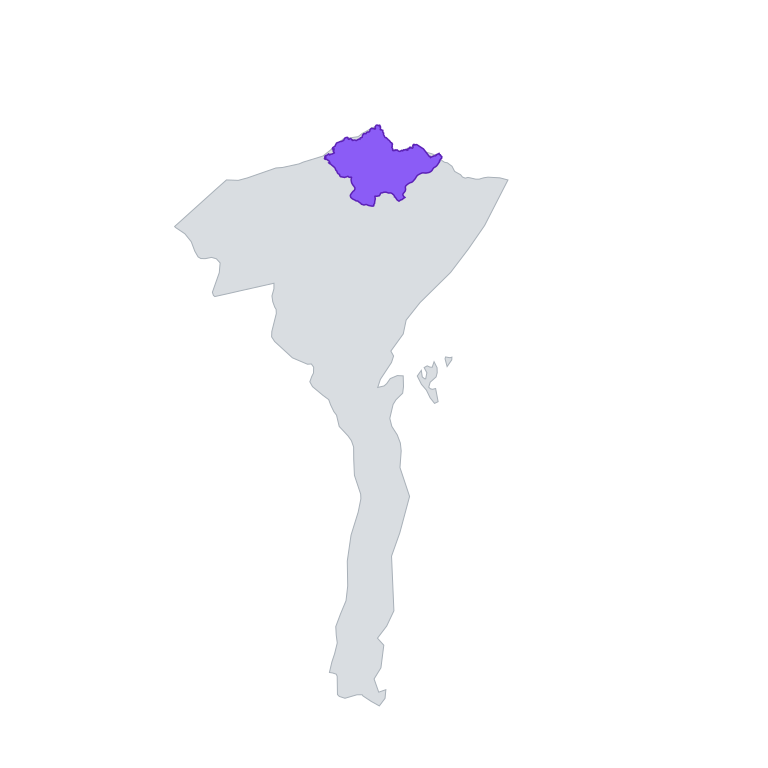 location of Sela, Anseba, Eritrea, rotated 54°
{"feature_id": "51966322B36323877774800", "entity_name": "Sela", "entity_type": "district", "adm_level": 2, "iso_a3": "ERI", "parent_name": "Eritrea", "parent_adm1": "Anseba", "projection": "orthographic", "projection_center": [37.406, 16.89], "detail": "fine", "context": "in_parent", "style": "filled", "palette": "violet", "viewbox_px": 768, "rotation_deg": 54, "n_neighbors": 0, "source": "geoboundaries", "source_scale": "gbopen_adm2", "svg_char_len": 8382}
<svg xmlns="http://www.w3.org/2000/svg" viewBox="0 0 768 768"><g transform="rotate(54 384 384)"><path d="M133.5,460.8L131.1,438.0L129.5,422.8L127.8,406.7L126.3,391.5L133.6,382.2L137.0,373.3L145.7,344.5L149.2,338.8L156.0,323.3L157.0,318.9L163.7,299.4L163.1,286.5L161.8,273.4L165.5,265.7L168.7,259.5L168.5,254.3L170.0,242.1L171.1,239.0L175.1,238.8L183.2,240.4L189.2,239.2L196.2,239.2L201.5,238.8L204.7,235.1L209.0,220.9L211.9,218.0L214.0,217.2L220.1,214.5L225.3,210.4L229.6,207.4L231.2,206.8L235.7,206.4L240.2,204.7L242.3,202.7L247.9,201.0L253.5,201.9L257.2,200.2L259.7,199.0L262.6,198.9L265.2,197.3L266.2,194.7L267.9,193.1L272.2,189.4L274.2,186.7L275.1,184.0L275.9,181.9L277.8,178.3L285.3,169.1L291.8,163.8L314.9,209.4L324.4,236.4L332.9,264.6L339.3,307.0L345.3,328.5L354.8,339.0L361.4,359.1L367.0,359.8L371.0,365.3L378.1,384.2L383.1,391.1L385.6,385.1L385.3,381.6L383.3,375.8L385.0,368.3L388.7,363.7L397.5,369.7L402.4,374.3L403.8,383.6L405.9,388.7L415.2,399.5L422.9,402.6L433.0,403.2L441.4,405.5L448.2,409.4L461.0,420.2L490.0,429.4L513.7,458.7L527.7,479.1L573.3,509.3L581.4,524.1L585.8,538.7L595.2,537.7L611.8,553.3L616.8,565.4L630.2,569.4L632.4,562.2L638.9,567.9L641.7,577.0L633.3,580.9L623.9,584.4L622.6,584.3L619.5,588.6L615.3,600.3L610.5,603.8L607.9,604.2L593.0,593.7L590.7,593.2L587.6,595.4L585.3,597.7L578.3,589.6L573.2,582.5L566.0,574.0L559.2,570.3L551.9,565.6L544.5,554.4L537.0,542.1L526.1,532.1L505.7,517.8L486.9,499.5L472.5,480.2L463.3,470.2L459.4,467.6L440.5,461.6L427.2,452.8L417.1,445.6L410.8,443.7L404.8,443.6L392.0,445.2L381.3,440.7L376.9,440.8L369.7,439.5L364.1,437.9L357.6,440.0L344.1,443.4L338.6,442.7L335.5,438.1L333.7,434.6L329.0,431.0L325.1,431.0L323.0,434.3L309.0,442.7L285.4,447.5L279.8,447.2L275.6,443.9L263.7,429.7L260.2,427.4L257.6,427.2L252.0,425.6L246.9,422.9L242.3,417.1L237.8,413.8L232.9,425.2L224.3,445.1L219.8,455.7L213.8,469.5L212.0,469.9L208.9,468.9L197.1,451.8L189.7,445.4L184.2,446.0L180.2,449.1L177.6,454.8L174.9,458.4L171.9,459.7L165.4,459.0L155.6,456.3L145.4,456.8L134.8,460.7L133.5,460.8ZM409.7,345.6L412.9,349.7L415.1,349.3L416.8,347.9L418.0,344.9L430.1,350.6L429.4,354.5L422.3,354.8L413.9,353.3L406.3,353.9L397.1,352.4L394.9,345.8L400.8,348.9L403.8,348.0L404.3,347.2L400.1,342.7L394.3,341.9L394.7,338.4L397.2,337.0L398.8,335.2L395.4,330.4L402.0,331.5L406.1,334.3L408.9,337.7L409.7,345.6ZM404.3,315.0L407.0,322.7L399.5,319.8L398.3,318.3L401.5,315.2L402.2,313.3L404.3,315.0Z" fill="#d9dde1" stroke="#a8b0b8" stroke-width="1"/><path d="M236.7,208.2L236.4,208.2L236.2,208.0L236.0,207.7L235.7,207.3L235.8,206.7L235.6,206.2L235.3,206.0L235.2,205.3L235.3,204.9L235.2,204.6L234.9,204.3L234.5,204.0L234.3,203.8L234.2,203.7L234.0,203.9L233.7,203.9L233.4,203.7L232.6,203.9L231.7,203.7L231.6,203.8L231.5,204.0L231.0,204.2L229.8,203.9L229.7,204.5L229.7,205.4L229.5,205.5L229.4,206.0L229.5,206.5L229.3,206.6L229.2,206.9L229.4,206.9L229.4,207.1L229.7,207.2L229.7,208.0L229.5,208.6L228.8,209.4L228.7,209.9L228.8,210.5L228.4,211.0L228.5,211.2L228.3,211.7L228.3,212.2L228.2,212.5L228.1,213.3L226.9,213.0L226.5,213.6L217.0,213.9L209.5,216.8L209.0,217.9L208.7,218.3L208.3,218.4L208.3,219.1L207.9,219.0L207.6,219.2L207.7,219.9L208.1,220.6L208.7,221.0L209.5,221.3L209.9,222.0L209.9,222.5L209.1,223.1L208.2,223.2L208.0,223.4L207.9,223.9L208.3,224.1L208.4,224.4L208.4,224.5L207.9,224.5L208.1,224.8L208.1,225.1L208.2,225.3L207.9,225.8L207.7,226.0L207.9,226.3L208.1,226.8L208.7,227.1L208.6,227.8L208.4,228.1L207.6,228.0L207.0,228.9L206.9,229.6L206.6,230.0L206.1,230.5L206.2,231.0L206.4,231.8L206.2,232.0L205.6,232.2L205.3,232.5L205.3,232.8L205.4,233.2L205.2,234.2L205.2,234.4L204.4,235.2L203.5,235.6L202.6,235.6L202.4,236.1L202.1,236.3L202.1,236.5L201.9,236.6L201.6,236.7L201.7,237.4L201.5,237.5L201.4,237.7L201.1,237.7L201.1,238.3L201.2,238.5L201.1,238.9L200.5,239.2L200.3,239.6L200.0,239.6L199.6,239.1L198.8,239.0L198.4,238.6L197.4,238.6L197.2,238.6L196.9,238.3L196.8,237.9L196.7,237.7L195.2,236.8L195.1,236.6L195.1,236.3L194.8,236.1L193.9,236.1L193.4,236.0L193.0,236.2L192.8,236.4L192.4,236.6L192.0,236.6L191.5,236.5L190.9,236.6L190.4,236.5L189.7,236.7L188.7,237.1L188.0,237.0L187.1,237.3L186.4,237.3L185.9,237.5L185.5,238.1L185.0,238.2L184.3,238.2L183.2,237.9L182.2,237.9L181.8,237.7L180.9,236.9L180.7,236.8L180.3,237.0L179.7,237.0L178.1,235.9L177.6,236.4L177.0,236.5L176.5,237.0L176.3,237.4L176.0,237.5L175.3,236.7L174.9,236.4L174.5,236.1L174.0,236.2L173.8,236.1L174.0,236.0L173.9,235.7L173.5,235.6L173.0,235.7L172.4,235.3L172.1,235.5L171.8,235.7L171.7,236.1L171.8,236.4L171.6,236.8L171.4,236.8L170.4,237.4L170.1,238.2L170.6,239.7L171.0,240.3L171.3,240.5L172.0,240.5L172.5,241.2L172.5,241.4L172.3,241.7L171.8,241.8L171.7,242.0L171.3,242.3L171.2,242.5L170.8,242.9L170.5,243.1L170.3,243.5L169.7,243.8L169.9,245.3L170.0,245.8L170.5,246.3L171.0,246.7L171.1,247.3L171.3,247.9L171.2,248.3L170.6,248.9L170.3,250.1L170.3,250.4L170.8,251.1L170.9,251.4L170.5,251.9L170.1,252.5L169.8,252.8L169.6,253.4L169.9,253.8L170.0,254.3L169.9,254.5L170.2,255.0L170.4,255.4L171.1,256.3L171.4,256.6L171.6,256.7L171.5,257.4L171.0,258.4L171.0,258.6L171.3,259.0L171.8,259.6L171.3,260.0L171.1,260.4L171.1,260.8L170.9,261.1L170.9,261.5L171.0,261.7L170.8,262.1L170.8,263.3L170.4,263.7L170.2,263.7L169.7,264.0L169.4,264.3L169.0,265.0L168.9,265.6L168.7,265.9L168.5,266.3L168.4,266.4L168.1,266.4L167.9,266.1L167.4,266.4L166.7,266.4L165.8,266.7L165.6,267.0L165.5,267.4L165.6,268.1L165.5,268.5L165.2,268.8L164.8,268.9L163.6,268.5L163.4,268.4L163.0,268.6L163.0,268.9L162.7,269.1L162.6,269.4L162.3,269.7L162.2,270.7L162.0,271.3L162.2,271.8L162.9,272.8L163.1,273.1L163.1,274.4L163.0,274.7L162.8,275.8L162.3,276.4L162.1,276.9L161.6,279.3L161.3,279.8L161.2,280.7L161.2,280.9L161.8,282.0L162.0,282.6L162.8,283.6L162.8,283.8L162.7,284.2L162.8,284.9L162.7,285.5L162.7,285.9L162.7,286.6L163.2,287.4L163.7,287.6L164.3,286.7L164.5,286.3L164.8,286.5L165.3,287.1L165.8,287.6L165.6,288.2L166.2,288.1L167.0,288.3L167.6,288.2L167.8,288.3L167.8,288.5L167.8,289.1L167.6,289.2L167.4,291.0L166.8,291.9L166.8,293.2L166.6,293.3L166.3,293.4L166.0,293.3L165.5,293.5L165.2,293.7L165.4,294.5L165.5,295.1L165.3,295.6L165.2,296.2L165.1,296.3L165.0,296.5L165.0,297.3L165.3,297.1L165.5,297.1L165.5,297.7L165.6,297.9L166.4,298.1L166.8,298.1L166.9,298.4L166.7,298.8L166.1,298.9L166.2,299.0L166.6,299.3L166.7,299.7L166.8,299.7L167.2,299.7L168.2,299.0L168.6,298.2L170.4,297.8L170.6,297.5L171.2,297.4L171.9,297.5L172.7,297.5L173.1,297.7L172.7,298.0L172.6,298.7L173.2,298.6L173.9,298.4L174.7,297.9L175.4,297.8L175.5,297.7L176.4,297.6L177.7,297.2L178.0,297.2L178.6,296.9L179.5,296.9L179.9,296.7L181.3,296.8L181.6,296.9L181.8,297.1L182.1,297.1L182.9,297.3L184.0,297.0L184.7,297.3L186.1,297.6L187.2,297.4L188.3,296.8L189.4,297.4L190.5,297.3L190.9,297.2L191.2,296.7L191.6,296.5L193.2,294.9L193.7,294.6L193.9,293.7L194.4,292.6L194.6,291.4L194.8,291.1L195.2,290.9L195.8,290.9L196.5,290.5L196.8,290.0L197.2,289.2L197.6,288.8L197.8,288.8L198.6,289.8L199.6,290.7L200.6,291.2L201.9,291.8L202.7,292.0L204.7,292.2L206.6,292.1L207.0,292.2L207.8,292.1L208.6,292.5L209.3,293.1L209.8,294.1L210.0,294.7L209.9,295.3L210.0,296.0L210.5,297.8L211.1,299.5L211.4,300.1L211.9,300.6L212.4,300.8L213.6,301.2L215.8,300.7L218.2,299.4L219.2,299.1L219.6,298.8L220.5,297.7L222.6,297.2L224.2,296.6L224.8,296.6L225.3,296.6L226.2,295.8L227.0,295.4L227.7,294.4L228.0,293.4L228.6,292.6L230.3,291.7L231.0,291.1L233.0,289.2L233.7,288.2L233.8,287.6L233.6,287.3L233.1,287.1L232.8,286.8L232.5,285.7L232.3,285.4L232.1,285.3L230.5,283.8L229.1,282.2L227.0,281.2L226.8,281.0L226.8,280.8L228.0,279.3L228.5,278.0L228.9,277.5L228.8,276.6L228.0,275.1L227.8,274.8L227.7,274.4L227.8,273.8L228.5,272.7L228.6,271.8L229.4,270.4L230.1,269.5L232.0,268.2L232.4,267.8L233.0,266.7L233.6,266.1L234.9,265.4L235.9,265.3L236.2,265.1L237.3,265.0L238.0,265.1L238.3,265.2L238.7,265.5L238.9,265.3L239.8,265.1L242.8,265.2L243.4,265.0L244.9,264.4L244.9,262.2L245.0,262.0L245.2,261.7L245.3,261.4L245.4,261.1L245.3,258.6L245.4,257.4L244.9,257.5L244.1,257.8L242.6,257.7L241.8,257.4L241.2,256.5L240.9,255.1L240.3,253.3L239.2,252.1L237.2,251.0L236.5,249.9L236.3,248.2L236.3,246.2L236.5,244.6L237.1,243.0L237.1,241.7L236.3,238.2L235.4,236.1L234.9,234.6L234.9,233.2L235.1,231.7L235.5,229.6L236.0,228.4L237.2,227.1L238.1,225.9L239.3,223.4L239.6,221.9L239.6,220.4L239.3,219.2L238.8,218.2L238.3,216.5L238.5,215.4L238.5,213.4L238.1,211.9L236.7,208.2Z" fill="#8b5cf6" stroke="#5b21b6" stroke-width="1.5"/></g></svg>